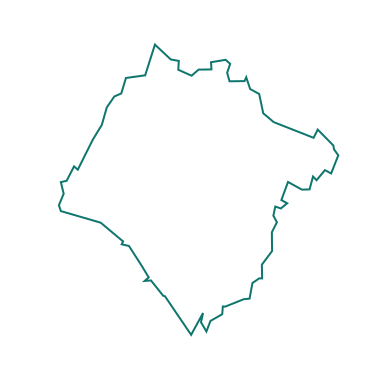 Rutherford, Tennessee, United States of America (Albers equal-area conic projection), rotated 198°
{"feature_id": "52423323B26987147906068", "entity_name": "Rutherford", "entity_type": "district", "adm_level": 2, "iso_a3": "USA", "parent_name": "United States of America", "parent_adm1": "Tennessee", "projection": "albers", "projection_center": [-86.446, 35.86], "detail": "fine", "context": "isolated", "style": "outline", "palette": "teal", "viewbox_px": 384, "rotation_deg": 198, "n_neighbors": 0, "source": "geoboundaries", "source_scale": "gbopen_adm2", "svg_char_len": 1063}
<svg xmlns="http://www.w3.org/2000/svg" viewBox="0 0 384 384"><g transform="rotate(198 192 192)"><path d="M314.5,138.3L310.8,133.3L269.4,134.6L242.3,123.7L242.7,120.5L235.3,121.2L217.9,107.0L206.8,97.4L209.5,92.8L203.7,95.2L187.3,84.4L185.5,84.5L148.7,55.9L144.1,80.3L143.2,70.9L135.2,63.8L134.6,75.1L125.5,85.1L127.3,92.7L125.1,93.2L109.7,106.0L104.3,108.4L106.4,124.1L101.4,130.6L98.6,131.5L103.1,144.5L97.6,160.6L103.6,178.4L101.9,189.5L107.3,194.6L108.3,203.9L102.4,203.8L98.0,210.7L104.5,211.9L103.8,231.2L88.3,228.2L81.0,230.8L81.7,244.1L77.2,241.7L72.3,253.9L65.4,252.6L64.2,272.1L70.2,276.5L71.9,279.9L91.7,290.2L93.1,281.1L135.9,283.7L148.6,288.9L158.4,306.0L168.5,307.9L175.9,317.9L176.3,313.7L190.5,308.9L195.4,316.2L195.3,325.7L200.9,328.1L214.0,321.3L211.4,314.6L223.6,310.4L228.3,302.5L242.8,304.0L245.1,312.6L253.2,311.5L272.8,320.7L272.6,288.5L290.1,280.0L289.7,263.9L295.4,258.8L299.2,246.1L298.5,227.9L302.5,211.3L307.5,177.9L312.1,179.9L314.7,163.9L319.8,160.9L313.5,150.7L314.5,138.3Z" fill="none" stroke="#0f766e" stroke-width="2"/></g></svg>